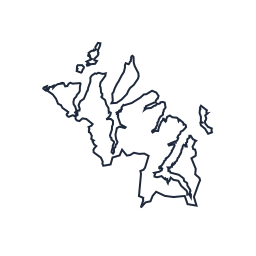 outline of Loppa nor, Finnmark, Norway, rotated 23°
{"feature_id": "86288312B40106717450016", "entity_name": "Loppa nor", "entity_type": "district", "adm_level": 2, "iso_a3": "NOR", "parent_name": "Norway", "parent_adm1": "Finnmark", "projection": "orthographic", "projection_center": [21.938, 70.216], "detail": "fine", "context": "isolated", "style": "outline", "palette": "slate", "viewbox_px": 256, "rotation_deg": 23, "n_neighbors": 0, "source": "geoboundaries", "source_scale": "gbopen_adm2", "svg_char_len": 5889}
<svg xmlns="http://www.w3.org/2000/svg" viewBox="0 0 256 256"><g transform="rotate(23 128 128)"><path d="M195.7,113.2L192.0,112.9L188.7,110.6L187.5,111.2L188.3,113.0L187.0,115.1L187.9,118.0L187.2,119.2L189.3,122.1L188.0,122.6L187.0,121.5L185.8,121.6L185.5,123.4L186.1,125.8L185.7,126.6L186.5,130.0L186.2,131.1L186.5,131.8L186.1,132.9L186.1,135.1L185.5,136.1L185.8,139.1L184.6,141.3L185.0,141.9L184.2,144.1L183.5,144.6L183.0,143.6L182.7,144.4L183.5,146.2L183.0,146.2L182.6,147.7L180.2,148.7L181.8,149.5L181.2,150.2L182.1,151.9L183.5,151.4L184.5,152.5L193.1,151.2L199.0,152.7L200.3,154.8L204.0,155.6L205.2,157.8L209.3,160.5L210.1,161.7L209.9,162.5L210.2,163.4L212.0,164.7L212.9,167.2L210.2,165.0L208.6,166.2L207.7,164.1L206.3,162.8L199.8,160.6L195.0,156.9L190.0,158.0L186.7,157.0L186.8,160.7L186.0,161.1L186.3,163.2L185.2,162.3L184.1,159.6L182.9,160.7L182.0,159.8L181.6,160.6L177.7,159.2L174.0,162.0L171.4,162.4L170.9,161.4L171.0,159.7L169.5,159.1L173.8,156.1L175.6,153.7L175.4,152.0L174.3,151.7L173.2,153.0L172.3,152.7L172.1,151.5L173.6,149.6L174.4,145.8L174.2,144.4L175.0,142.9L175.1,142.2L174.8,141.7L175.2,141.0L174.9,140.9L176.3,138.8L176.9,136.6L177.6,132.4L177.1,131.6L177.5,130.7L177.8,126.2L177.0,124.7L172.6,128.1L171.5,127.2L176.3,122.2L177.6,122.5L177.3,121.4L178.2,120.2L178.2,117.6L177.2,117.4L177.2,115.3L178.3,113.2L178.0,110.7L179.6,108.8L181.1,104.5L180.0,102.8L178.5,102.5L177.9,103.2L176.7,101.5L172.3,100.2L171.9,101.9L170.5,100.0L169.1,99.4L164.6,100.8L161.6,100.2L159.7,102.5L159.9,105.8L160.3,106.2L160.4,107.2L160.1,106.3L159.2,106.7L158.7,106.6L160.0,107.1L160.0,107.4L158.7,106.9L158.6,106.5L159.0,106.3L158.2,105.8L157.4,106.3L156.5,104.8L157.0,106.7L156.1,109.9L156.3,112.6L156.1,114.9L156.9,119.0L154.3,119.9L152.4,122.5L151.5,121.8L151.7,121.1L151.5,120.8L153.8,117.5L153.4,116.8L153.8,113.1L152.9,111.7L153.4,110.3L153.0,107.8L153.4,105.0L155.0,102.1L154.1,100.1L154.4,98.9L153.8,97.5L154.6,94.5L151.9,90.3L149.9,90.4L147.9,91.6L147.9,92.6L146.9,93.8L145.5,94.2L144.6,96.6L143.5,97.2L141.5,100.4L137.2,102.9L136.1,104.8L136.1,103.2L135.6,103.0L136.2,101.7L136.0,100.9L142.2,94.3L143.6,93.7L142.9,92.1L143.5,89.5L143.9,89.2L143.6,86.5L140.1,84.3L135.6,84.3L131.7,89.7L129.5,90.9L127.5,95.2L121.7,103.5L115.6,108.6L114.8,108.5L114.0,111.5L114.9,112.9L114.0,113.9L114.8,114.6L114.8,115.7L113.0,115.7L112.9,117.2L113.6,117.8L112.3,117.3L111.4,118.3L112.3,119.0L113.1,118.4L112.9,119.2L113.9,118.7L113.2,119.7L114.3,120.7L114.1,121.4L114.5,121.9L119.7,127.6L125.5,128.2L125.1,129.3L119.6,130.1L117.8,132.5L119.1,139.1L121.5,143.0L123.8,145.0L123.9,146.8L123.3,147.9L123.8,150.7L122.9,152.2L124.6,155.6L124.2,157.4L122.3,156.7L121.7,154.1L121.8,152.6L120.9,150.3L120.9,146.8L120.2,145.9L117.2,145.1L116.8,143.8L115.5,143.4L114.3,141.7L113.8,135.8L112.7,132.8L112.8,130.7L111.4,127.3L108.6,126.4L105.2,128.1L105.0,127.8L105.8,127.0L105.6,126.6L106.5,124.0L106.6,122.4L106.2,120.7L104.8,120.5L104.3,121.3L102.3,117.3L98.7,114.7L96.0,111.2L91.6,110.1L91.2,109.5L91.4,108.8L90.9,108.8L91.7,108.4L91.0,106.6L89.5,106.1L86.9,101.2L85.8,100.6L84.9,96.8L86.8,88.7L86.3,87.8L86.2,86.4L83.6,88.1L79.2,88.7L77.7,90.5L76.3,90.6L74.1,94.0L73.7,96.3L75.3,100.1L75.6,106.1L76.3,109.4L75.9,109.8L76.0,118.3L73.6,122.1L73.6,126.3L76.1,129.2L76.5,130.9L74.5,131.7L76.5,135.9L76.0,136.5L74.6,134.7L73.2,134.4L73.8,132.2L71.0,128.9L68.8,127.5L67.6,125.5L67.0,122.2L68.1,119.3L68.0,117.6L69.1,114.2L69.1,112.6L67.7,109.1L67.0,105.7L66.3,105.4L59.7,108.8L57.2,108.9L56.1,110.5L55.8,113.1L53.9,114.2L51.2,111.8L49.8,112.1L49.1,112.7L49.7,113.0L46.2,115.1L44.2,117.9L43.5,120.0L42.9,118.2L41.4,120.1L39.8,120.8L39.7,123.1L39.2,122.4L38.6,124.6L37.5,124.4L37.0,121.2L34.6,123.7L34.6,124.8L37.6,125.7L39.3,125.2L45.6,126.5L50.3,129.2L54.1,133.0L57.5,133.2L59.8,135.1L66.8,136.6L66.9,137.7L66.2,138.7L66.3,139.8L67.9,140.8L69.3,140.8L72.2,137.8L73.8,138.0L74.4,137.1L75.3,137.8L76.1,140.0L77.8,141.0L80.6,140.6L82.3,137.0L86.1,136.0L93.9,138.2L93.4,140.3L91.3,142.5L92.9,144.1L92.8,145.3L93.7,147.1L94.9,147.0L97.7,149.3L98.5,152.5L101.3,152.9L100.5,154.0L103.2,156.4L105.9,157.0L104.8,160.2L104.7,161.5L105.9,163.8L114.7,165.9L117.9,168.9L118.3,170.7L120.0,172.4L126.2,168.4L125.3,161.2L131.0,156.5L131.0,150.3L137.7,153.8L140.5,152.1L143.1,148.5L148.3,147.5L153.0,145.2L157.9,145.6L159.2,157.8L158.6,160.4L156.2,162.7L157.9,165.2L164.7,186.4L169.3,186.3L169.4,187.2L170.3,188.6L170.9,196.2L173.2,189.6L177.3,186.7L177.2,180.8L178.8,175.7L188.4,176.1L196.8,173.8L206.8,168.4L212.6,174.8L221.4,172.7L215.6,165.7L214.7,150.1L214.8,148.0L213.3,146.1L208.0,144.4L206.3,139.1L198.2,131.1L201.1,127.1L200.2,124.3L198.2,121.6L196.3,121.9L194.7,120.0L195.1,116.5L194.8,114.8L195.7,113.2ZM103.1,111.7L107.7,109.3L111.0,104.2L113.7,97.3L113.8,93.3L114.3,90.3L116.4,86.2L117.9,79.1L117.7,76.4L116.0,73.4L110.0,68.4L107.8,65.7L105.3,60.4L103.8,59.8L103.3,60.5L103.3,62.0L103.9,62.8L103.9,64.1L104.5,65.1L103.9,66.4L104.0,68.2L103.6,69.1L100.6,69.2L100.6,71.3L101.6,73.6L102.3,78.1L101.6,82.5L101.1,89.0L100.5,92.4L100.3,96.9L100.6,101.0L100.1,102.5L103.4,109.0L103.1,111.7ZM207.0,99.2L205.9,97.9L205.3,95.7L201.2,95.7L197.3,93.7L196.2,91.6L196.5,90.1L196.3,88.5L194.2,86.3L195.5,83.5L194.6,84.1L193.6,81.7L193.7,80.9L186.5,79.0L186.3,81.1L187.3,82.3L186.9,82.8L188.1,86.3L190.7,89.1L192.6,93.7L195.6,93.9L192.7,94.1L192.5,94.8L194.0,97.0L199.3,98.6L204.0,102.0L207.0,99.2ZM71.4,70.2L70.4,69.4L70.0,68.0L70.1,63.2L69.5,60.8L67.1,61.4L66.3,66.3L67.3,68.1L68.0,68.2L66.5,70.1L65.9,69.7L65.8,70.5L64.4,71.1L62.4,74.3L64.4,76.1L62.9,76.7L63.2,77.2L65.2,77.1L65.6,78.2L67.9,78.6L63.9,83.0L67.0,83.8L65.5,84.7L65.3,85.8L66.1,86.6L68.0,85.2L68.4,84.0L72.6,81.8L73.2,78.4L70.6,78.8L70.0,77.5L71.8,73.3L71.9,71.6L71.3,71.0L71.4,70.2ZM63.6,89.1L61.3,88.1L57.2,89.8L57.0,91.1L57.9,93.7L58.4,93.5L58.5,95.6L63.2,95.4L63.7,94.2L63.4,92.5L63.9,90.4L63.6,89.1Z" fill="none" stroke="#1e293b" stroke-width="2"/></g></svg>